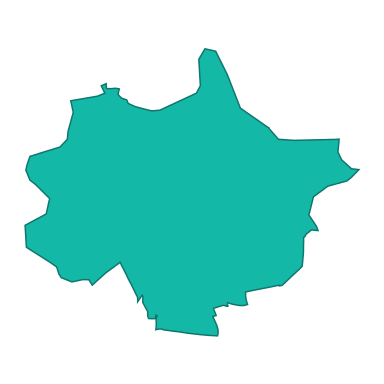 outline of Port-Harcourt, Rivers, Nigeria, rotated 181°
{"feature_id": "59680162B27901935497545", "entity_name": "Port-Harcourt", "entity_type": "district", "adm_level": 2, "iso_a3": "NGA", "parent_name": "Nigeria", "parent_adm1": "Rivers", "projection": "orthographic", "projection_center": [7.015, 4.783], "detail": "fine", "context": "isolated", "style": "filled", "palette": "teal", "viewbox_px": 384, "rotation_deg": 181, "n_neighbors": 0, "source": "geoboundaries", "source_scale": "gbopen_adm2", "svg_char_len": 2114}
<svg xmlns="http://www.w3.org/2000/svg" viewBox="0 0 384 384"><g transform="rotate(181 192 192)"><path d="M116.1,257.4L117.9,258.4L145.1,276.7L158.9,310.3L170.8,333.2L181.5,335.4L187.5,324.8L185.5,298.4L189.3,290.9L225.7,273.2L233.8,272.4L242.8,274.5L250.3,276.4L257.3,279.4L258.9,283.0L263.6,284.4L266.1,286.5L267.6,288.4L267.3,290.3L266.5,293.8L270.2,294.4L275.0,293.9L278.7,293.9L279.4,294.3L279.7,298.8L284.6,296.6L280.9,289.3L288.0,286.2L314.8,281.1L312.1,269.6L316.9,250.8L317.6,242.5L324.9,234.6L340.0,229.7L354.6,224.8L357.3,216.6L358.5,210.9L354.2,201.0L348.4,196.6L334.2,183.0L337.4,167.5L358.3,155.8L356.6,133.8L332.8,119.3L326.0,114.7L323.7,107.8L321.3,104.1L310.5,100.0L299.7,102.5L293.6,102.5L290.1,97.1L287.7,99.4L286.8,100.3L276.7,109.7L262.7,120.4L258.0,111.6L255.7,107.2L254.3,104.2L251.3,98.8L248.4,93.2L245.8,88.0L245.2,87.1L244.7,85.8L244.4,84.0L244.4,81.4L240.0,88.0L239.3,86.9L239.3,82.8L239.3,81.1L239.2,80.6L238.8,79.8L237.8,78.0L236.4,75.5L235.0,73.1L234.4,72.0L234.2,71.5L234.2,69.9L234.2,68.4L234.1,67.3L233.9,66.7L233.3,65.0L233.0,64.7L229.9,64.6L227.0,64.7L226.6,64.9L226.0,68.3L224.7,68.0L225.7,64.0L225.4,58.8L225.5,55.7L225.8,53.7L222.2,54.5L220.7,54.5L219.9,54.4L218.4,53.8L209.1,52.6L201.9,51.9L193.4,50.7L181.8,49.6L173.7,49.0L166.4,48.7L164.0,48.6L163.7,50.1L163.4,51.7L163.7,55.3L164.9,59.1L169.0,67.9L165.7,68.9L166.7,71.6L168.0,74.4L168.4,75.7L168.1,76.2L163.6,77.7L159.3,79.1L158.1,79.2L156.8,78.8L155.5,78.3L154.3,78.3L154.0,78.7L154.7,80.1L154.3,81.9L149.1,80.4L144.7,79.7L142.0,79.3L138.0,79.4L134.5,80.5L135.2,82.6L136.1,85.9L136.6,89.2L136.7,93.0L130.1,94.5L129.7,94.6L120.8,96.5L113.7,98.0L104.8,100.0L103.3,100.3L103.2,99.7L102.7,99.6L100.2,100.3L98.6,101.8L93.8,106.6L87.6,112.6L83.9,116.1L80.5,119.7L80.0,126.4L79.5,134.2L79.6,141.1L79.5,144.9L79.6,147.3L79.5,148.5L78.3,149.5L77.2,151.8L71.8,156.2L65.3,155.6L67.0,159.9L75.0,171.5L74.3,172.9L70.5,189.3L56.3,200.2L37.2,205.8L33.1,209.2L25.5,217.3L32.9,218.0L43.0,226.8L46.8,234.5L45.8,247.4L49.4,247.1L90.9,245.4L106.5,246.2L115.7,256.4L116.1,257.4Z" fill="#14b8a6" stroke="#0f766e" stroke-width="1.5"/></g></svg>